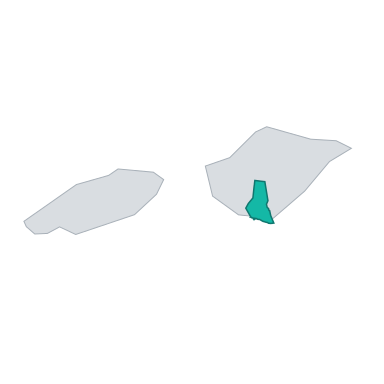 location of Gagaemauga I, Gaga'emauga, Samoa, rotated 145°
{"feature_id": "51752279B56154317281841", "entity_name": "Gagaemauga I", "entity_type": "district", "adm_level": 2, "iso_a3": "WSM", "parent_name": "Samoa", "parent_adm1": "Gaga'emauga", "projection": "orthographic", "projection_center": [-172.292, -13.543], "detail": "fine", "context": "in_parent", "style": "filled", "palette": "teal", "viewbox_px": 384, "rotation_deg": 145, "n_neighbors": 0, "source": "geoboundaries", "source_scale": "gbopen_adm2", "svg_char_len": 2280}
<svg xmlns="http://www.w3.org/2000/svg" viewBox="0 0 384 384"><g transform="rotate(145 192 192)"><path d="M140.8,123.9L167.0,146.6L177.5,176.8L166.2,205.6L141.4,198.5L105.4,204.7L93.4,202.6L64.5,167.2L44.5,151.3L36.4,136.4L61.9,138.1L99.2,128.1L140.8,123.9ZM346.5,264.4L282.4,264.4L250.7,253.4L239.4,253.3L212.3,230.4L208.1,218.4L222.4,210.5L252.1,206.4L311.6,223.9L320.5,239.4L334.2,241.0L344.9,247.8L347.6,258.6L346.5,264.4Z" fill="#d9dde1" stroke="#a8b0b8" stroke-width="1"/><path d="M137.4,161.5L139.0,159.7L145.5,152.2L152.4,150.3L157.2,147.9L158.2,137.7L158.3,137.7L158.2,137.6L158.2,137.3L158.1,137.2L157.9,137.1L157.8,136.9L157.8,136.7L157.7,136.7L157.6,136.4L157.4,136.2L157.2,136.0L157.1,135.8L157.1,135.7L157.0,135.4L157.0,135.2L157.1,134.9L157.1,134.7L157.0,134.8L156.9,134.8L156.9,134.7L157.0,134.6L156.9,134.5L156.8,134.4L156.7,134.3L156.4,134.3L156.4,134.2L156.3,134.3L156.3,134.2L156.2,134.3L156.1,134.2L156.1,134.3L155.8,134.2L155.7,134.2L155.4,134.1L155.2,134.0L155.2,133.9L154.9,133.8L154.8,133.6L154.6,133.4L154.5,133.1L154.4,133.1L154.3,132.9L154.2,132.9L154.2,132.7L154.1,132.4L153.9,132.1L153.7,131.8L153.5,131.6L153.3,131.5L153.2,131.4L152.9,131.2L152.7,131.1L152.5,130.9L152.3,130.6L152.2,130.4L152.1,130.2L151.9,129.9L151.8,129.6L151.7,129.3L151.6,129.2L151.5,128.9L151.4,128.8L151.4,128.6L151.2,128.3L151.1,128.1L151.0,127.9L150.9,127.6L150.7,127.4L150.7,127.2L150.5,126.9L150.3,126.8L150.2,126.7L150.0,126.4L149.9,126.4L149.5,125.8L149.4,125.6L149.2,125.4L149.0,125.1L148.7,124.8L148.5,124.6L148.1,124.1L147.9,124.0L147.9,123.9L147.6,123.5L147.5,123.2L147.4,123.0L147.4,122.9L147.3,122.7L147.2,122.5L147.0,122.3L146.8,122.2L146.7,122.1L146.3,121.7L146.1,121.5L145.9,121.4L145.7,121.2L145.4,121.0L145.2,120.9L144.9,120.7L144.7,120.6L144.4,120.5L144.3,120.4L144.2,120.4L144.0,120.2L143.8,120.2L143.5,120.0L143.2,119.9L143.0,119.7L142.8,119.6L142.1,122.8L141.1,127.4L139.1,132.2L139.3,132.4L139.4,132.5L139.5,132.6L139.4,133.1L139.3,133.3L139.4,133.5L139.2,133.8L138.9,134.1L138.9,134.3L138.9,134.7L138.9,135.1L139.0,135.4L139.1,135.6L139.2,135.8L139.2,136.0L139.2,136.4L138.0,139.3L134.8,141.3L126.4,158.7L129.5,161.4L131.0,162.8L133.9,165.4L134.7,164.5L135.8,163.3L136.6,162.3L137.4,161.5Z" fill="#14b8a6" stroke="#0f766e" stroke-width="1.5"/></g></svg>